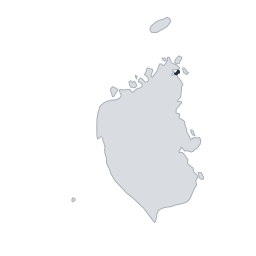 location of Mokpo-si, South Jeolla, South Korea, rotated 166°
{"feature_id": "91817680B26607970527366", "entity_name": "Mokpo-si", "entity_type": "district", "adm_level": 2, "iso_a3": "KOR", "parent_name": "South Korea", "parent_adm1": "South Jeolla", "projection": "mercator", "projection_center": [126.362, 34.795], "detail": "fine", "context": "in_parent", "style": "filled", "palette": "slate", "viewbox_px": 256, "rotation_deg": 166, "n_neighbors": 0, "source": "geoboundaries", "source_scale": "gbopen_adm2", "svg_char_len": 3883}
<svg xmlns="http://www.w3.org/2000/svg" viewBox="0 0 256 256"><g transform="rotate(166 128 128)"><path d="M74.2,61.3L75.1,60.6L75.2,59.6L75.2,56.2L77.7,53.9L81.4,49.2L83.2,46.6L85.2,44.2L87.6,42.6L89.9,41.8L93.5,41.5L100.5,41.8L101.9,41.5L106.8,41.3L107.9,41.7L111.4,42.0L115.4,41.7L117.3,41.0L119.1,39.8L120.7,37.6L122.4,33.6L124.2,30.5L125.2,29.9L132.3,46.6L139.2,57.4L145.0,65.1L153.3,80.0L155.7,87.9L156.0,92.8L157.4,99.5L156.2,103.4L156.5,109.4L156.0,112.5L155.0,114.8L155.0,119.2L155.3,121.5L155.3,124.6L156.0,125.8L156.9,126.3L158.4,125.2L160.3,124.7L159.9,128.4L157.7,137.8L155.8,144.6L153.1,150.6L149.8,156.0L145.7,158.1L142.9,158.9L137.5,159.1L133.0,158.2L129.2,158.9L127.6,160.0L126.5,161.9L127.3,164.9L127.2,167.1L125.6,167.0L122.3,165.7L118.7,165.5L117.0,164.9L115.3,161.7L113.5,161.8L110.5,163.7L105.9,164.1L104.2,165.1L103.6,166.4L104.3,168.1L106.7,170.3L105.9,172.4L103.4,173.5L101.5,170.8L100.3,168.2L98.9,168.1L96.8,168.8L96.3,171.7L97.3,173.6L99.0,175.9L96.7,178.4L96.1,180.3L94.4,181.6L90.0,178.7L90.6,176.6L92.6,174.6L92.8,172.5L92.2,171.2L85.8,176.5L81.9,182.5L79.8,182.0L79.0,180.5L77.7,179.9L73.5,183.7L72.8,186.8L71.2,186.9L70.5,185.6L70.5,182.9L69.7,180.5L65.4,177.1L63.4,174.1L64.5,172.5L68.1,173.4L71.0,173.3L70.4,171.9L69.5,171.2L71.4,170.4L73.0,168.8L71.7,168.3L69.7,169.3L68.0,168.8L67.3,164.9L65.2,160.9L64.2,157.0L66.2,154.7L67.2,151.2L69.1,146.2L70.1,144.5L72.7,143.3L73.6,142.0L72.2,141.3L69.9,140.7L69.9,139.3L71.5,138.5L73.3,136.8L76.6,134.9L77.7,131.1L76.7,130.2L74.6,129.3L75.1,127.4L75.9,126.0L75.6,125.1L73.1,122.7L71.5,120.5L72.0,118.0L71.6,114.1L71.8,110.9L71.7,109.2L70.5,105.2L69.9,101.3L68.3,101.9L67.0,102.8L62.4,101.5L60.9,101.4L60.3,98.4L62.0,94.8L65.9,91.6L68.2,91.2L69.9,89.8L72.6,89.4L75.7,91.5L78.6,92.0L80.2,95.7L81.2,96.5L81.4,95.1L83.7,93.5L84.2,92.3L83.7,91.6L81.1,91.0L78.7,86.3L78.4,84.3L77.5,83.0L78.8,79.2L76.0,75.0L74.7,73.6L74.9,69.8L73.4,67.3L72.6,66.0L72.1,63.7L72.6,62.6L73.8,62.2L74.2,61.3ZM65.2,225.3L63.9,226.1L62.7,225.6L62.3,225.3L60.9,223.3L60.5,222.2L61.5,220.3L65.5,217.0L76.0,213.9L77.9,213.8L82.0,215.1L82.9,217.6L82.2,219.8L81.2,221.2L76.4,223.6L72.7,224.8L65.2,225.3ZM135.9,169.7L133.1,171.9L129.4,168.9L128.5,167.3L131.4,164.9L133.8,162.2L135.4,162.0L135.9,169.7ZM116.1,169.4L115.8,172.9L113.7,173.1L112.5,170.8L111.2,171.9L110.5,171.9L109.5,169.2L109.3,167.0L111.7,165.3L113.2,166.3L115.3,166.8L116.1,169.4ZM62.5,184.9L60.6,185.5L59.6,184.2L58.8,183.9L59.2,182.3L62.3,179.1L62.9,178.1L65.7,178.7L66.8,180.4L65.5,182.9L62.5,184.9ZM70.9,62.9L70.7,67.8L69.1,67.6L68.0,67.1L67.6,66.2L66.5,61.6L67.7,59.8L70.1,61.2L70.9,62.9ZM60.7,172.1L60.3,172.9L59.0,172.7L57.7,170.2L57.2,168.3L55.9,167.2L57.9,165.5L60.6,168.6L60.7,172.1ZM67.9,108.6L67.5,111.0L65.5,109.4L65.0,104.3L67.0,105.8L67.9,108.6ZM199.6,72.5L198.3,73.6L196.7,72.5L196.5,71.3L197.3,70.3L199.2,69.7L200.1,70.6L199.6,72.5ZM77.7,185.8L78.2,187.5L75.8,187.2L74.6,185.6L74.7,184.2L76.1,184.0L77.7,185.8ZM108.3,176.2L108.0,177.3L106.5,175.7L108.0,173.8L108.3,176.2Z" fill="#d9dde1" stroke="#a8b0b8" stroke-width="1"/><path d="M67.8,168.1L67.3,168.2L67.1,168.4L66.9,168.6L66.6,169.0L66.4,169.4L66.2,169.6L66.2,169.9L66.4,170.1L66.7,170.3L67.1,170.3L67.4,170.1L67.7,170.0L68.1,169.8L68.6,169.5L68.8,169.5L69.0,169.6L69.4,169.7L69.4,169.3L69.4,169.1L69.1,169.0L68.8,168.9L68.7,168.7L68.6,168.4L68.2,168.2L67.8,168.1ZM66.3,170.5L66.2,170.4L66.1,170.2L66.0,170.3L66.1,170.5L66.2,170.8L66.3,170.8L66.0,170.8L66.0,171.0L65.9,171.0L65.9,171.4L66.0,171.5L66.1,171.4L66.2,171.6L66.1,171.4L66.3,171.2L66.5,171.1L66.5,170.9L66.6,170.7L66.4,170.6L66.3,170.5ZM65.0,171.0L65.0,170.8L65.0,170.7L65.2,170.4L65.0,170.1L64.9,170.3L64.7,170.3L64.6,170.5L64.6,170.8L64.9,171.0L65.0,171.1L65.0,171.0ZM65.4,169.6L65.3,169.4L65.3,169.2L65.2,169.1L64.9,169.3L64.9,169.5L64.9,169.9L65.1,169.7L65.3,169.7L65.4,169.6Z" fill="#64748b" stroke="#1e293b" stroke-width="1.5"/></g></svg>